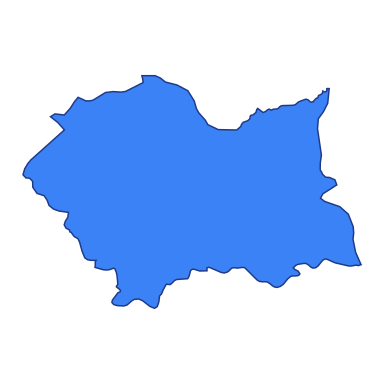 the border of Lesser Poland
{"feature_id": "POL-3170", "entity_name": "Lesser Poland", "entity_type": "Voivodeship", "adm_level": 1, "iso_a3": "POL", "parent_name": "Poland", "parent_adm1": "", "projection": "robinson", "projection_center": [20.414, 49.829], "detail": "fine", "context": "isolated", "style": "filled", "palette": "blue", "viewbox_px": 384, "rotation_deg": 0, "n_neighbors": 0, "source": "natural_earth", "source_scale": "10m", "svg_char_len": 3076}
<svg xmlns="http://www.w3.org/2000/svg" viewBox="0 0 384 384"><path d="M106.1,270.0L103.1,269.7L95.0,267.4L95.3,265.3L95.2,262.5L95.4,261.5L96.1,260.4L90.4,260.3L87.5,259.7L85.1,258.1L84.4,256.9L82.1,251.2L79.6,242.2L77.9,238.6L74.6,236.8L73.6,235.8L71.2,232.4L70.0,232.0L69.3,229.9L66.0,228.1L64.2,224.8L65.4,221.1L67.9,217.1L68.4,212.4L58.9,211.0L53.6,209.1L49.1,205.5L47.0,200.0L44.1,195.7L37.0,193.4L32.8,187.3L32.6,181.3L29.6,178.2L25.9,177.9L23.0,174.8L24.7,168.8L27.8,163.6L30.9,159.9L64.4,129.9L57.9,122.6L50.5,116.7L55.0,113.9L64.3,115.0L70.4,108.1L74.4,101.8L78.1,97.3L85.9,100.9L89.5,100.9L93.0,100.2L105.5,92.5L113.1,91.6L121.0,92.1L125.4,91.5L143.1,82.6L142.8,79.5L141.9,75.7L155.1,75.7L160.5,78.1L165.3,82.0L177.0,85.0L187.8,90.7L194.2,100.9L196.5,108.9L198.9,113.0L205.3,120.2L207.9,124.7L218.2,129.6L236.7,130.0L240.9,126.4L241.4,124.6L243.1,122.4L247.7,120.7L249.6,119.1L250.0,118.2L250.2,116.3L250.7,115.5L251.2,115.2L252.5,115.1L253.0,114.9L255.9,112.5L256.8,109.5L257.7,108.4L263.1,112.5L265.4,111.6L267.3,110.0L269.1,109.1L271.3,110.2L273.2,109.2L277.0,108.9L278.3,108.3L279.7,106.8L280.9,106.0L282.3,105.6L292.7,105.3L294.8,104.9L296.4,103.8L297.7,102.6L299.0,101.7L304.8,99.5L306.2,99.2L308.2,99.9L309.5,101.2L310.9,102.2L313.3,101.7L313.3,101.4L315.8,98.7L316.8,98.1L317.5,98.1L318.0,97.7L318.2,96.2L318.9,95.3L320.5,94.7L322.2,93.5L322.9,91.0L324.2,91.9L325.2,91.9L326.7,91.0L326.9,90.4L326.7,89.6L326.7,88.8L327.2,88.5L329.2,88.6L327.7,103.3L323.5,111.6L318.3,118.8L317.5,128.7L321.4,155.1L320.3,162.9L320.2,169.8L321.5,171.9L322.6,174.3L325.6,177.2L329.6,177.5L334.9,179.8L336.8,184.9L322.9,193.8L320.5,198.2L324.6,201.4L339.8,206.7L348.3,214.2L353.2,226.7L353.7,233.0L353.0,239.2L355.6,252.3L360.8,264.1L360.9,264.6L361.0,264.7L358.4,265.6L356.3,265.1L351.1,266.0L348.8,266.0L335.0,262.8L327.1,259.3L325.2,258.9L322.6,260.4L318.2,265.8L315.8,267.7L312.8,268.1L310.6,266.9L308.6,265.0L306.1,263.5L303.9,263.4L298.2,264.3L296.0,265.2L293.2,267.8L294.9,269.5L298.1,271.1L299.9,273.8L298.7,275.4L296.1,275.9L293.1,275.9L290.9,276.3L288.0,278.6L283.4,284.2L280.4,286.4L277.1,287.4L274.5,287.0L272.2,285.6L269.9,283.6L267.3,282.0L265.0,281.7L262.6,281.8L259.5,281.4L257.2,280.1L244.7,267.7L242.5,267.4L237.2,268.1L234.1,267.7L232.8,267.8L231.4,268.4L229.2,270.7L227.5,272.0L224.2,273.0L221.1,272.4L209.2,267.3L207.0,267.7L207.0,270.8L199.7,271.0L194.0,269.2L192.3,269.3L190.9,270.2L190.3,271.3L190.0,272.9L189.3,275.5L188.3,277.9L187.6,278.7L176.7,279.5L174.6,280.5L171.5,283.6L170.1,284.6L167.0,284.3L166.7,284.1L165.9,284.9L163.1,290.0L162.3,292.1L161.4,294.1L159.6,295.8L158.8,302.1L157.3,306.5L154.6,308.3L149.9,306.4L142.6,300.7L138.7,299.0L134.2,299.4L131.6,301.0L128.9,303.4L126.9,305.1L123.7,306.0L117.2,305.6L113.7,304.5L111.9,302.5L111.9,302.4L112.4,300.1L117.8,292.9L118.4,292.5L119.3,292.2L120.1,291.8L120.5,290.8L120.2,290.1L119.1,289.1L118.8,288.6L116.9,287.4L116.4,286.8L116.5,286.1L117.6,284.7L117.8,284.0L117.0,275.4L116.3,272.4L115.0,269.0L113.7,268.2L109.0,269.8L106.1,270.0Z" fill="#3b82f6" stroke="#1e3a8a" stroke-width="1.5"/></svg>